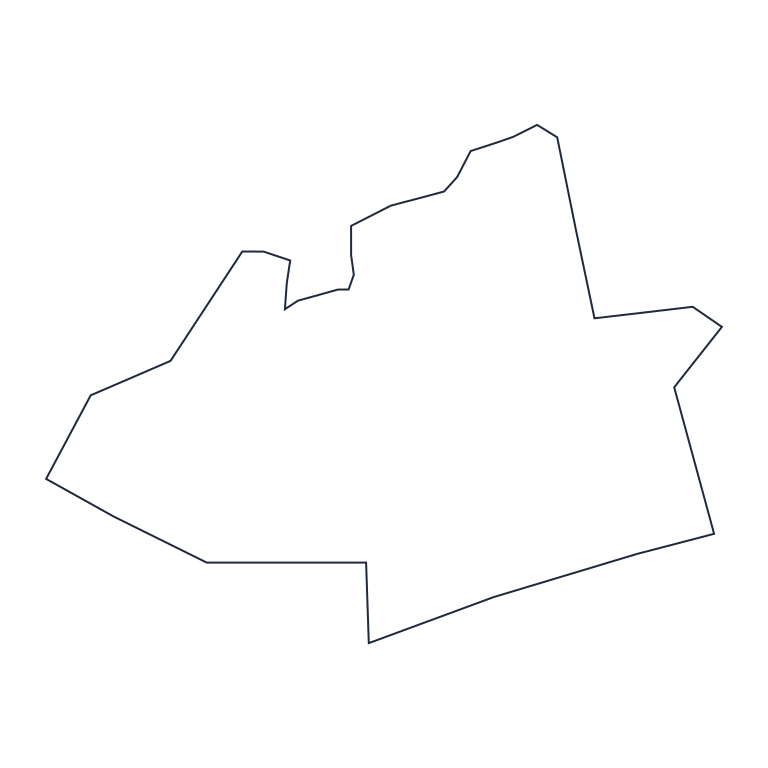 Yuen Long, orthographic projection
{"feature_id": "HKG-5167", "entity_name": "Yuen Long", "entity_type": "state/province", "adm_level": 1, "iso_a3": "HKG", "parent_name": "Hong Kong S.A.R.", "parent_adm1": "", "projection": "orthographic", "projection_center": [114.043, 22.453], "detail": "fine", "context": "isolated", "style": "outline", "palette": "slate", "viewbox_px": 768, "rotation_deg": 0, "n_neighbors": 0, "source": "natural_earth", "source_scale": "10m", "svg_char_len": 544}
<svg xmlns="http://www.w3.org/2000/svg" viewBox="0 0 768 768"><path d="M46.1,478.9L90.7,395.3L170.5,360.9L242.3,251.5L263.6,251.6L290.2,260.5L286.8,282.9L284.9,309.2L297.9,300.7L338.1,289.5L348.6,289.5L353.8,274.8L351.1,254.9L351.1,225.9L390.7,205.7L444.1,191.5L457.1,177.1L470.7,151.0L497.0,142.5L513.3,136.8L537.1,124.9L557.2,137.3L575.8,229.3L594.5,318.3L692.7,306.8L721.9,326.9L674.2,387.3L714.1,533.8L637.1,553.9L493.6,597.1L368.8,643.1L366.1,562.6L206.7,562.6L113.8,516.6L46.1,478.9Z" fill="none" stroke="#1e293b" stroke-width="2"/></svg>